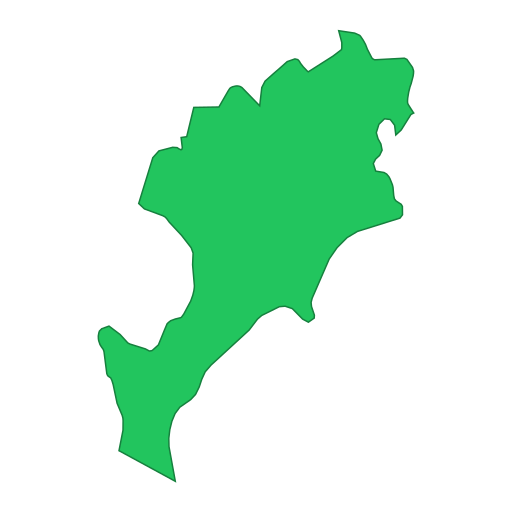 an SVG outline of Jutiapa
{"feature_id": "GTM-1962", "entity_name": "Jutiapa", "entity_type": "Department", "adm_level": 1, "iso_a3": "GTM", "parent_name": "Guatemala", "parent_adm1": "", "projection": "equal_earth", "projection_center": [-89.89, 14.155], "detail": "fine", "context": "isolated", "style": "filled", "palette": "green", "viewbox_px": 512, "rotation_deg": 0, "n_neighbors": 0, "source": "natural_earth", "source_scale": "10m", "svg_char_len": 2265}
<svg xmlns="http://www.w3.org/2000/svg" viewBox="0 0 512 512"><path d="M314.1,314.3L314.4,315.2L314.2,318.1L308.4,322.2L302.6,319.1L292.3,308.6L285.1,306.2L279.3,306.7L261.8,315.4L257.5,319.1L249.1,330.1L211.1,365.0L205.2,371.8L201.8,379.2L199.2,387.0L195.5,394.5L190.7,399.6L179.8,407.2L175.1,413.5L171.9,421.2L169.8,429.7L168.8,438.3L169.0,446.7L175.3,481.3L119.0,450.7L120.4,443.5L123.0,430.2L123.1,420.7L122.9,418.1L122.2,415.4L117.1,403.3L113.2,384.7L111.9,380.4L110.7,377.9L108.8,376.6L107.9,375.9L107.3,374.9L106.8,373.6L104.0,351.6L103.3,349.5L101.3,346.7L100.0,344.6L98.7,340.7L98.4,338.8L98.3,336.0L98.8,333.0L99.4,331.1L101.8,328.7L109.0,326.1L120.1,334.5L127.8,342.9L129.8,344.0L145.4,348.9L149.3,351.0L151.0,350.8L152.2,350.5L158.4,344.9L164.6,329.7L167.1,323.8L168.5,322.4L170.7,320.7L175.3,319.0L180.6,317.7L181.5,317.2L183.8,314.0L190.7,301.1L192.8,295.2L193.9,290.6L194.3,287.5L194.4,285.9L192.6,264.8L193.1,253.1L191.2,247.8L181.6,235.4L169.3,222.2L166.6,218.5L165.0,216.9L162.8,215.7L144.4,208.9L138.7,203.5L152.8,157.7L158.1,151.8L158.9,150.9L172.7,147.3L177.1,147.6L179.0,148.9L181.0,149.8L181.9,149.3L182.3,147.6L181.1,137.5L186.7,136.7L193.8,107.4L218.9,107.0L228.3,90.7L229.9,88.3L231.0,87.5L232.5,86.8L235.3,86.1L237.0,85.9L238.6,86.1L239.8,86.4L240.9,86.9L242.1,87.7L259.7,105.8L261.8,87.5L265.1,81.1L273.2,73.9L280.7,67.4L287.2,61.6L294.9,58.9L297.8,59.6L299.3,61.2L300.5,63.3L303.2,66.8L307.5,71.3L308.3,71.8L333.0,56.1L341.5,49.6L341.8,47.8L341.8,42.6L338.7,30.7L354.7,33.1L359.6,35.3L360.5,36.2L363.2,40.2L365.5,44.4L367.4,49.3L371.9,58.0L373.3,59.2L374.7,59.8L404.4,58.2L406.9,59.4L412.5,67.4L413.6,71.0L413.5,73.4L413.1,76.2L411.2,83.5L410.0,86.9L408.7,92.1L407.7,98.2L407.5,101.0L407.6,102.9L407.9,103.8L408.4,104.8L413.5,112.8L413.7,113.0L410.9,114.5L401.2,130.0L395.8,135.0L394.6,125.2L390.3,119.5L384.5,118.8L378.9,124.3L376.3,132.7L378.0,138.7L380.9,144.0L382.1,150.2L379.6,155.4L375.6,159.1L373.3,163.5L375.7,171.1L384.0,172.5L386.7,174.1L389.0,176.9L390.1,179.0L392.4,184.7L393.0,187.2L393.7,195.3L394.4,198.8L396.1,201.0L401.2,204.3L402.4,206.4L402.5,214.8L400.0,218.1L357.5,231.4L347.1,237.6L337.1,247.6L329.2,259.0L312.2,298.1L311.1,302.4L311.5,306.5L314.1,314.3Z" fill="#22c55e" stroke="#15803d" stroke-width="1.5"/></svg>